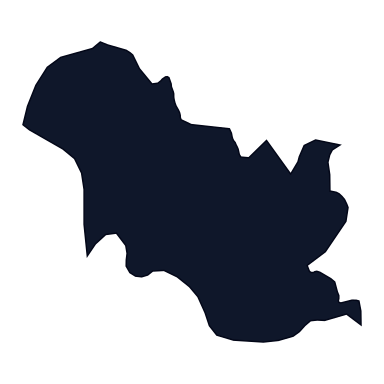 SVG path tracing the border of Samchi
{"feature_id": "BTN-2438", "entity_name": "Samchi", "entity_type": "District", "adm_level": 1, "iso_a3": "BTN", "parent_name": "Bhutan", "parent_adm1": "", "projection": "natural_earth1", "projection_center": [89.102, 27.046], "detail": "fine", "context": "isolated", "style": "filled", "palette": "ink", "viewbox_px": 384, "rotation_deg": 0, "n_neighbors": 0, "source": "natural_earth", "source_scale": "10m", "svg_char_len": 1627}
<svg xmlns="http://www.w3.org/2000/svg" viewBox="0 0 384 384"><path d="M24.6,126.0L23.0,124.7L27.5,106.3L35.9,85.3L47.3,67.3L60.7,57.4L92.5,48.5L100.3,42.0L107.4,44.9L126.2,50.3L130.1,52.8L132.7,55.0L139.4,68.7L152.0,84.0L157.9,83.2L161.0,80.7L162.3,79.1L165.5,76.9L167.3,76.7L168.9,77.6L171.1,83.8L171.4,86.8L172.4,89.5L173.3,92.0L173.7,93.8L173.7,95.1L173.7,96.3L173.8,97.9L174.2,100.1L174.9,102.9L176.0,105.9L178.5,110.3L179.6,112.8L180.2,115.3L180.3,117.5L181.1,119.8L191.2,124.6L229.4,128.8L231.4,133.2L232.1,136.9L232.7,138.9L233.6,140.7L235.1,142.5L236.0,144.7L237.1,146.8L238.1,149.1L239.3,154.6L240.9,157.1L248.8,157.8L266.5,140.5L290.6,174.0L291.1,173.4L298.0,161.8L299.3,156.8L304.2,145.5L315.6,140.0L339.9,145.0L332.3,149.9L329.7,154.8L327.9,162.2L329.7,174.7L329.9,191.0L336.2,192.3L339.1,193.8L341.9,196.4L344.5,199.5L346.8,204.3L348.0,207.5L345.9,221.3L325.3,251.7L307.1,265.4L309.3,271.1L310.7,272.4L313.3,272.6L314.8,271.7L316.8,271.3L319.9,272.3L330.8,278.7L334.7,282.0L337.3,291.8L338.8,295.6L338.8,298.5L338.3,300.8L338.8,302.3L340.8,303.0L352.0,300.2L356.3,300.3L358.9,301.0L360.8,311.0L361.0,324.7L361.0,324.9L346.5,314.0L324.6,320.4L317.3,320.0L310.5,320.7L304.9,325.5L299.4,331.6L293.2,336.1L278.4,340.4L263.4,342.0L233.5,340.1L216.8,335.1L209.4,325.7L205.1,312.7L197.9,296.7L189.5,286.7L177.2,276.8L164.0,270.4L152.7,271.0L147.7,275.0L141.7,276.8L135.5,276.1L129.9,272.6L126.2,266.1L126.3,260.0L127.1,253.4L125.8,245.5L116.4,233.1L105.7,234.5L95.4,243.9L87.3,255.9L84.1,224.4L84.1,189.4L81.6,173.0L74.6,158.6L62.8,148.9L29.6,129.9L24.6,126.0Z" fill="#0f172a" stroke="#020617" stroke-width="1.5"/></svg>